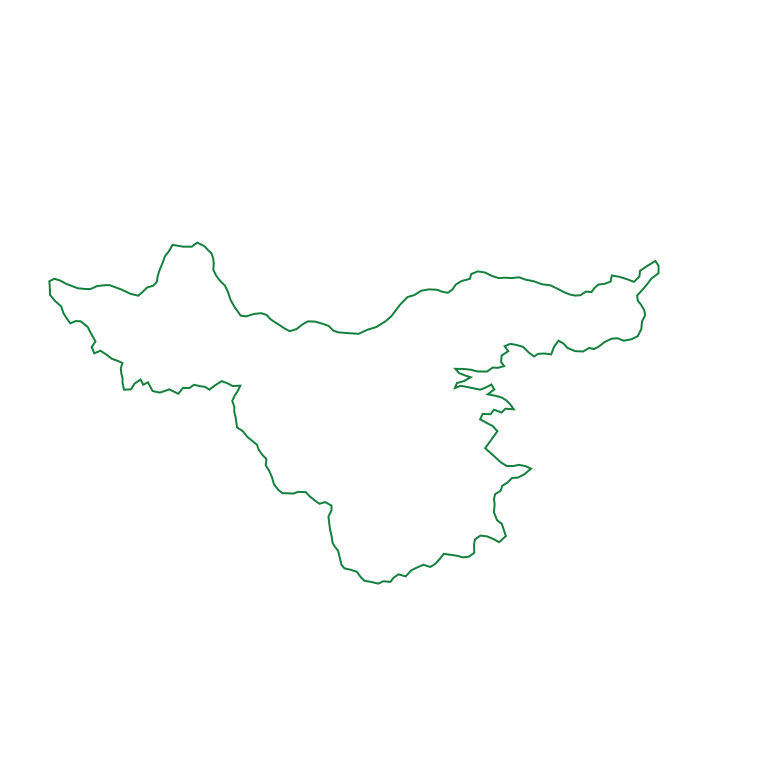 outline of Vidal Ramos, Santa Catarina, Brazil, rotated 254°
{"feature_id": "56859067B28125183395847", "entity_name": "Vidal Ramos", "entity_type": "district", "adm_level": 2, "iso_a3": "BRA", "parent_name": "Brazil", "parent_adm1": "Santa Catarina", "projection": "mercator", "projection_center": [-49.34, -27.403], "detail": "fine", "context": "isolated", "style": "outline", "palette": "green", "viewbox_px": 768, "rotation_deg": 254, "n_neighbors": 0, "source": "geoboundaries", "source_scale": "gbopen_adm2", "svg_char_len": 4044}
<svg xmlns="http://www.w3.org/2000/svg" viewBox="0 0 768 768"><g transform="rotate(254 384 384)"><path d="M575.0,90.6L568.3,89.2L561.6,87.5L554.3,90.8L547.6,95.1L540.4,95.4L534.9,97.0L528.8,99.2L529.5,104.8L527.9,109.7L520.6,114.9L515.1,115.9L510.3,117.0L504.5,118.4L500.0,113.2L493.3,114.0L494.2,120.6L488.7,125.3L483.2,129.4L479.5,134.6L476.2,138.4L471.9,135.4L466.6,134.4L461.8,134.3L456.8,132.9L450.2,132.5L448.6,139.4L453.1,144.3L455.4,151.1L449.6,152.4L450.7,157.5L445.7,158.6L441.0,159.6L437.5,166.2L438.0,176.2L431.3,183.5L435.6,189.7L433.8,195.7L435.6,201.2L432.7,206.4L430.6,211.1L426.7,214.6L429.2,221.1L431.5,228.7L428.0,233.5L423.8,237.9L422.0,245.4L417.7,241.6L413.8,237.1L409.7,233.5L403.1,233.8L398.7,232.4L393.1,232.2L387.5,231.4L382.7,230.8L377.5,235.4L371.0,237.9L366.0,241.4L360.5,245.2L355.4,245.4L349.3,247.6L344.3,250.3L338.5,247.9L332.1,249.7L325.3,250.6L317.9,250.6L311.1,253.3L307.1,256.3L305.4,261.6L303.7,266.5L304.0,271.7L301.6,279.0L296.3,281.7L290.5,285.8L286.7,288.9L286.7,294.9L281.6,300.0L277.0,298.7L272.0,294.1L264.3,292.8L258.1,292.0L252.3,291.7L245.4,290.8L241.2,291.9L236.2,293.9L229.5,293.6L221.8,293.3L217.7,295.2L214.6,300.8L210.9,306.2L204.8,308.4L200.2,310.9L197.3,317.1L193.7,323.4L194.6,329.0L192.0,335.5L195.3,340.1L197.0,345.5L193.1,351.8L197.3,358.8L198.3,363.9L199.4,372.0L195.4,378.0L196.8,383.4L200.6,389.6L204.3,394.6L201.9,400.0L199.0,406.4L195.6,412.1L194.6,417.8L196.8,424.2L204.5,426.2L209.5,428.6L211.7,434.9L209.1,441.1L204.8,446.5L200.2,451.0L204.2,459.2L212.4,458.9L216.9,458.7L222.0,455.1L230.4,454.3L237.9,457.2L243.4,458.1L247.5,460.5L249.2,466.7L253.5,469.5L255.2,475.4L258.3,481.1L257.1,487.3L258.6,494.2L262.1,502.0L266.2,497.1L269.1,491.4L269.5,485.7L271.3,479.5L276.1,475.0L294.4,463.6L307.4,480.0L313.8,476.8L317.9,472.4L323.5,466.7L328.0,470.6L325.6,478.2L329.0,482.6L324.1,489.2L326.8,493.8L323.9,501.8L329.4,499.8L334.5,497.1L338.5,493.5L341.6,488.5L345.5,480.9L348.4,488.5L353.9,487.1L352.7,481.6L352.0,475.0L354.9,469.5L358.3,462.9L361.1,457.3L360.6,451.0L364.8,454.4L364.8,461.9L366.6,469.2L370.0,464.1L373.8,459.2L378.9,456.8L376.6,464.4L373.8,471.4L370.3,477.3L367.6,486.4L369.8,493.0L368.1,498.2L368.1,504.4L372.9,502.6L378.9,504.9L381.3,512.5L387.1,510.4L387.8,516.3L385.2,521.8L381.3,528.0L374.1,532.0L369.1,535.8L370.5,540.5L369.1,546.6L366.4,552.9L372.7,557.5L377.5,563.7L373.7,567.5L368.1,570.3L362.9,576.8L360.4,584.3L362.1,591.2L359.7,595.4L360.9,601.1L363.5,607.4L364.8,615.4L363.7,620.9L359.5,626.5L358.8,634.4L360.0,641.0L365.7,646.4L373.1,649.3L378.1,654.0L383.3,654.5L389.8,652.8L394.1,650.9L399.3,651.8L403.4,658.5L408.0,665.3L411.6,670.0L414.8,678.4L422.0,680.5L427.5,678.7L425.7,672.4L424.1,667.0L422.2,661.3L416.9,659.1L413.3,652.4L417.6,646.7L422.0,640.1L425.5,632.9L420.0,630.1L419.5,623.7L420.5,617.4L418.3,612.8L415.2,608.8L417.2,603.6L415.2,597.3L416.3,592.2L418.8,587.3L422.6,582.4L426.5,578.4L432.9,571.3L436.4,563.2L441.6,556.1L445.3,548.8L449.3,543.4L450.7,535.6L452.9,529.4L454.1,523.6L458.0,517.7L463.4,511.7L466.4,505.2L465.7,498.2L461.4,495.4L461.6,487.1L459.9,480.6L455.9,475.7L454.1,470.5L456.8,465.1L459.9,461.1L462.6,453.2L463.4,445.4L461.1,437.6L461.1,430.5L455.8,421.3L450.7,414.5L447.1,409.7L443.8,402.6L442.4,397.5L440.9,392.4L440.7,382.6L439.2,373.7L443.1,362.6L446.2,354.5L449.1,350.1L455.1,346.8L458.7,341.8L463.0,334.9L465.2,328.1L463.7,321.9L460.9,315.0L460.8,307.9L465.1,303.4L469.5,299.8L473.4,296.2L477.9,292.5L482.7,290.3L485.9,285.5L487.2,278.2L487.0,270.1L489.2,265.1L495.2,263.0L499.6,261.4L507.3,259.7L515.7,259.4L522.4,258.2L529.4,254.4L534.6,252.5L540.9,251.4L546.6,253.5L551.6,254.4L557.0,254.2L561.6,251.6L565.9,249.4L571.4,243.5L569.0,237.1L571.4,228.7L576.0,219.2L570.9,213.8L567.1,208.6L561.7,204.8L555.5,199.8L551.0,196.7L544.7,193.6L542.1,189.2L542.1,183.0L539.0,177.2L536.6,172.2L540.6,165.1L547.1,157.8L551.4,151.9L554.8,147.2L556.0,142.4L557.2,135.3L556.2,127.8L557.6,123.2L560.5,115.9L564.2,111.0L567.7,106.3L572.8,101.1L576.0,96.2L575.0,90.6Z" fill="none" stroke="#15803d" stroke-width="2"/></g></svg>